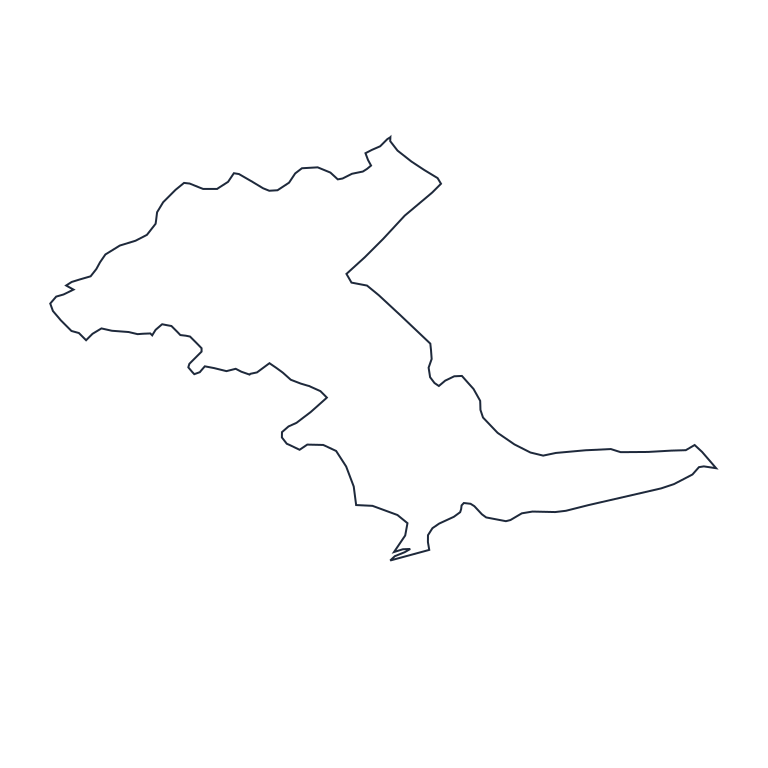 the Canton of Herzegovina-Neretva, rotated 315°
{"feature_id": "BIH-2228", "entity_name": "Herzegovina-Neretva", "entity_type": "Canton", "adm_level": 1, "iso_a3": "BIH", "parent_name": "Bosnia and Herzegovina", "parent_adm1": "", "projection": "natural_earth1", "projection_center": [17.847, 43.217], "detail": "fine", "context": "isolated", "style": "outline", "palette": "slate", "viewbox_px": 768, "rotation_deg": 315, "n_neighbors": 0, "source": "natural_earth", "source_scale": "10m", "svg_char_len": 2982}
<svg xmlns="http://www.w3.org/2000/svg" viewBox="0 0 768 768"><g transform="rotate(315 384 384)"><path d="M347.2,528.5L339.5,527.3L324.3,521.7L316.3,520.2L308.2,522.0L303.3,526.8L298.7,533.3L298.5,533.2L263.6,513.2L269.9,513.4L279.8,517.6L285.9,519.2L280.5,514.2L272.3,509.9L291.9,506.1L302.2,499.0L300.9,486.4L300.9,486.2L289.7,462.0L278.7,449.9L290.1,435.1L298.9,415.6L302.8,397.5L298.6,385.9L297.9,384.1L286.9,372.6L278.7,371.0L277.8,370.8L274.1,360.3L273.0,357.5L274.0,349.6L277.8,345.9L286.5,346.5L294.7,349.6L302.2,350.6L312.4,352.0L332.9,353.2L334.0,353.2L334.0,344.1L330.2,334.1L329.7,332.6L328.8,331.1L325.4,324.8L321.1,315.1L321.0,313.6L320.5,304.7L320.2,302.5L319.2,296.2L317.7,288.3L302.4,286.0L296.7,282.3L295.6,282.3L291.8,274.4L289.9,268.4L281.7,263.5L275.1,252.6L269.8,244.8L264.2,245.2L262.1,245.4L261.9,245.3L256.8,242.9L256.9,239.9L257.4,233.9L258.0,233.5L260.7,232.1L265.0,232.1L272.7,232.1L277.9,232.1L279.4,230.6L280.3,229.7L280.4,222.3L280.4,213.3L278.0,209.7L274.6,205.4L274.7,201.1L274.7,192.7L271.8,188.5L269.4,184.9L268.8,184.8L260.8,184.2L256.5,185.2L254.5,185.7L254.5,183.0L249.3,178.2L245.0,174.5L240.2,166.7L229.2,153.9L223.5,144.9L213.4,142.4L208.1,142.4L204.3,142.4L204.3,137.6L204.3,132.2L200.5,125.5L200.5,119.5L200.5,110.4L200.8,107.2L201.5,98.3L203.8,93.4L204.9,91.1L214.0,90.4L220.7,94.1L231.2,97.7L229.3,91.1L228.9,89.6L235.3,91.0L242.7,94.9L252.7,100.4L261.9,99.3L269.4,97.1L278.6,95.4L295.1,99.3L309.6,107.0L321.8,110.9L335.8,109.2L338.6,107.1L345.0,102.1L356.4,99.3L373.9,99.3L384.8,100.4L387.0,103.2L388.3,104.8L392.2,114.0L394.0,118.1L404.0,128.1L405.3,128.3L416.7,130.8L426.9,128.8L429.9,133.0L433.4,146.1L433.8,147.4L434.0,148.4L436.9,160.1L439.5,166.2L445.7,171.7L457.3,174.1L459.2,174.5L461.7,174.0L470.1,172.3L477.7,173.3L478.5,173.4L481.1,175.7L490.3,183.9L495.6,196.6L495.9,203.5L496.0,206.6L500.0,209.4L510.0,212.7L517.9,217.9L519.2,218.8L520.5,219.1L524.1,219.9L528.3,220.3L529.3,220.4L531.1,214.3L534.1,207.7L541.0,209.9L549.4,213.2L559.5,213.2L562.9,214.0L563.0,214.0L560.5,216.3L560.1,216.7L558.6,228.5L560.7,246.1L563.8,261.2L567.5,276.3L565.9,282.7L553.5,282.7L517.7,279.6L486.1,280.8L460.2,280.8L435.3,279.6L433.6,286.0L432.7,289.3L441.6,302.4L443.1,317.5L444.2,346.9L445.3,388.2L441.1,393.4L435.4,400.0L427.1,404.0L421.4,411.8L420.4,419.0L421.4,424.2L428.4,424.8L429.7,424.9L431.6,425.6L439.1,428.2L444.8,433.4L444.2,443.3L443.8,450.8L440.1,463.9L437.6,466.6L433.9,470.5L430.3,477.7L429.9,494.3L429.8,498.6L429.9,499.5L433.5,518.9L439.1,536.0L445.5,546.5L445.9,547.2L446.1,547.3L456.8,554.3L479.7,573.4L488.0,581.0L498.4,590.4L501.6,596.6L503.2,599.6L522.5,618.6L540.2,634.4L550.6,644.2L560.5,646.8L560.9,656.9L559.3,678.4L551.9,668.4L547.9,665.5L538.1,666.1L518.2,659.8L506.2,653.8L442.6,614.0L423.0,602.3L414.5,595.6L398.8,579.2L390.0,572.9L377.2,569.6L373.2,567.2L361.9,550.6L361.1,545.4L361.5,534.3L360.5,529.9L356.3,524.6L353.0,524.7L350.1,527.0L347.2,528.5Z" fill="none" stroke="#1e293b" stroke-width="2"/></g></svg>